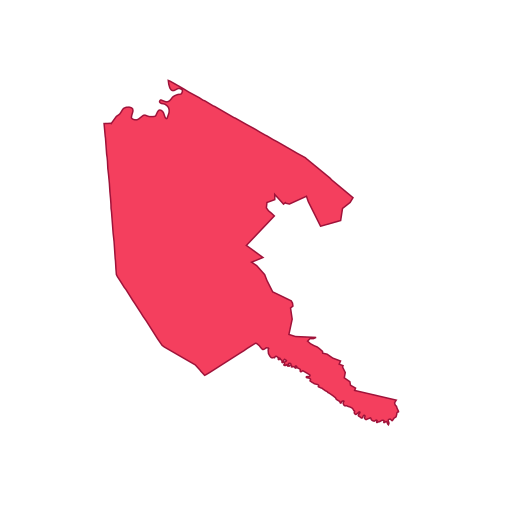 the district of Chisec, Alta Verapaz, Guatemala, rotated 22°
{"feature_id": "79465075B86099287791236", "entity_name": "Chisec", "entity_type": "district", "adm_level": 2, "iso_a3": "GTM", "parent_name": "Guatemala", "parent_adm1": "Alta Verapaz", "projection": "albers", "projection_center": [-90.202, 15.889], "detail": "fine", "context": "isolated", "style": "filled", "palette": "rose", "viewbox_px": 512, "rotation_deg": 22, "n_neighbors": 0, "source": "geoboundaries", "source_scale": "gbopen_adm2", "svg_char_len": 6124}
<svg xmlns="http://www.w3.org/2000/svg" viewBox="0 0 512 512"><g transform="rotate(22 256 256)"><path d="M324.1,165.6L297.6,157.1L295.6,156.1L265.6,146.7L265.2,146.4L264.8,146.4L255.3,145.3L232.7,142.1L228.4,141.7L220.9,140.5L219.6,140.5L213.4,139.7L208.1,138.8L197.6,137.6L185.0,135.9L183.9,136.0L161.6,132.8L160.3,132.9L150.4,131.3L148.5,131.4L144.2,130.5L132.4,129.2L126.0,128.1L111.0,126.1L108.9,126.1L110.8,129.5L113.1,132.4L114.5,133.4L115.1,133.7L115.8,133.9L116.7,133.9L117.6,133.5L118.2,133.1L120.8,130.1L121.8,129.5L122.8,129.3L124.6,129.4L125.0,129.5L125.4,129.7L125.9,130.4L126.1,131.0L126.2,132.1L126.1,133.2L126.0,133.6L125.2,134.5L123.9,135.0L122.7,135.8L120.9,137.5L120.2,138.3L119.4,139.5L119.1,140.1L118.4,142.7L117.8,144.3L116.8,145.6L115.9,146.3L115.3,146.6L114.2,146.8L112.6,146.9L109.5,146.9L109.0,147.2L108.7,148.1L108.7,148.9L108.9,149.3L109.4,149.6L110.0,149.9L111.3,150.0L113.4,149.5L114.9,149.4L116.7,149.9L117.7,150.2L119.3,151.2L120.4,152.6L120.9,153.4L121.5,155.1L121.7,156.0L121.8,157.8L122.0,161.6L121.7,162.1L121.1,162.2L120.3,161.9L119.3,161.0L116.7,158.0L115.3,157.0L113.7,156.5L112.5,156.6L111.9,156.8L111.5,157.1L111.1,157.8L110.7,159.4L110.5,163.3L110.4,163.8L110.1,164.2L109.1,164.9L108.1,165.4L104.9,166.7L103.2,166.9L101.1,166.9L100.3,167.0L99.5,167.3L98.8,167.9L98.3,168.7L95.7,173.2L94.5,174.4L93.5,174.8L92.3,175.2L90.6,175.3L89.8,175.1L89.0,174.8L88.6,174.3L88.1,172.2L87.8,169.0L87.7,168.2L87.4,167.2L86.5,165.8L86.0,165.6L85.2,165.3L84.1,165.3L82.6,165.5L80.2,166.6L79.4,167.2L77.9,168.8L77.5,170.1L77.3,171.0L77.1,172.4L76.6,175.0L75.8,176.6L74.8,178.0L74.2,179.0L73.0,183.9L72.7,185.2L72.1,187.5L71.7,187.3L69.0,188.6L65.5,190.1L71.2,201.2L72.3,203.1L79.4,217.6L81.1,220.5L82.7,223.6L85.8,230.3L88.9,236.0L92.8,243.5L96.5,251.2L99.7,257.4L102.1,262.3L103.7,266.0L105.6,269.4L115.0,288.4L119.0,295.8L126.3,310.9L127.5,313.1L131.1,320.7L133.5,325.5L135.3,327.1L139.2,329.8L144.2,333.4L145.7,334.5L148.0,335.8L158.3,343.3L161.0,345.1L171.1,352.2L174.1,354.4L178.3,357.1L195.7,369.6L202.4,374.0L205.0,374.7L240.5,379.7L247.1,382.9L248.0,383.5L250.8,384.8L253.1,385.9L254.3,384.5L256.8,381.2L277.5,352.1L280.3,348.3L282.4,345.0L286.4,339.5L288.1,337.2L288.8,336.9L290.0,337.0L291.1,337.4L292.7,337.9L294.6,339.1L297.0,340.2L297.7,340.0L298.5,339.3L299.4,338.1L299.9,337.2L302.0,336.7L302.3,336.9L302.5,337.2L302.4,338.1L302.6,338.9L304.1,341.8L306.2,343.5L307.4,344.2L307.9,344.4L308.4,344.5L309.0,344.4L309.5,344.2L310.4,343.5L311.3,343.4L311.5,342.1L311.7,341.8L312.1,341.5L312.5,341.4L313.1,341.4L314.4,341.9L315.0,341.8L315.4,342.0L315.1,343.1L315.5,343.5L315.9,343.6L316.2,343.4L316.3,342.2L316.5,341.9L317.0,342.1L317.5,342.7L318.7,343.0L319.2,343.2L319.4,343.6L319.9,344.8L320.4,345.0L320.8,344.6L320.9,341.6L321.1,341.1L321.7,341.1L323.0,341.4L323.4,341.5L323.5,342.0L322.1,343.9L322.5,344.8L323.1,345.6L322.9,346.0L322.6,346.4L322.9,346.8L323.4,346.8L324.0,346.7L324.6,346.2L325.1,345.4L325.6,345.4L326.3,346.0L326.7,346.2L328.3,345.5L328.5,345.1L328.3,344.8L326.5,344.6L326.4,344.1L326.5,343.4L326.8,343.1L327.2,342.9L328.2,342.7L328.7,343.0L329.4,344.0L329.9,344.1L330.2,344.6L330.5,345.5L331.0,345.4L331.5,344.9L332.1,344.6L333.1,344.5L333.5,344.7L334.0,345.0L334.5,345.2L334.9,344.9L333.9,343.7L333.8,343.2L334.3,343.0L334.8,343.0L335.2,343.3L335.9,344.1L336.2,344.2L338.5,344.3L339.4,344.6L339.7,344.8L339.9,345.2L339.9,345.8L340.3,346.4L340.7,346.6L341.2,346.4L341.6,345.9L342.3,344.9L343.0,344.9L350.3,346.0L350.6,346.2L350.8,346.4L350.8,347.4L350.4,347.8L348.3,348.8L348.0,349.0L348.0,349.5L348.3,349.7L348.7,349.8L349.2,349.8L350.1,349.4L352.1,349.5L352.7,349.8L352.9,350.4L352.8,351.3L353.1,351.7L354.5,351.9L355.4,352.2L357.0,352.3L357.8,352.6L359.3,352.4L361.2,352.1L362.0,352.2L362.5,352.4L362.7,352.8L362.7,353.8L363.0,353.9L364.1,353.9L365.5,354.0L367.0,353.9L368.0,354.3L368.5,354.5L369.3,354.5L370.5,354.9L372.7,355.1L373.3,355.2L373.5,355.5L374.1,355.7L375.1,355.7L379.6,356.7L382.6,357.6L383.0,357.8L384.1,358.8L385.0,359.0L388.0,359.5L389.3,360.7L389.8,360.6L390.0,358.7L390.8,357.9L391.3,357.6L391.7,357.6L392.0,357.9L391.8,359.5L392.1,360.1L393.5,361.4L394.2,361.6L394.7,361.6L395.9,360.9L397.9,361.0L399.2,360.8L401.5,360.9L402.0,361.0L403.3,361.6L404.5,362.6L405.1,362.7L405.6,363.0L405.6,363.8L405.8,364.4L406.1,364.9L406.7,365.3L407.3,365.5L407.7,365.6L408.1,365.4L409.1,363.8L409.9,362.1L410.1,361.8L410.6,361.7L411.0,362.2L411.0,362.9L410.6,364.4L410.5,365.4L410.8,365.8L411.3,366.0L412.2,366.1L414.2,366.7L414.9,366.6L415.1,366.3L415.3,365.9L415.3,364.6L415.5,363.5L416.0,363.1L416.5,363.2L416.9,363.4L417.1,363.8L417.2,365.5L417.6,365.9L418.6,366.4L419.0,366.5L419.6,366.3L420.0,365.9L420.5,365.2L421.8,364.2L422.4,363.4L422.8,363.2L423.3,363.4L424.0,364.4L424.5,364.7L425.7,365.0L427.4,364.9L427.9,364.4L428.5,363.5L428.9,363.2L429.4,363.0L429.9,363.2L430.0,364.7L430.3,365.1L430.7,365.0L431.6,363.9L432.1,363.7L432.7,363.3L434.3,361.2L434.6,361.0L435.9,360.6L436.4,360.8L436.6,361.3L436.7,362.3L437.1,362.5L437.6,362.2L438.3,361.0L438.8,360.7L439.3,360.7L441.3,362.6L442.0,362.9L442.0,361.6L441.8,361.0L441.5,360.6L440.3,359.3L440.1,358.8L440.1,358.2L440.6,357.5L441.0,357.2L441.6,356.9L443.6,357.7L444.1,357.5L444.8,354.5L445.9,353.0L446.1,352.6L445.8,350.1L445.5,349.3L445.5,348.3L445.6,347.9L445.9,347.5L446.3,347.4L446.5,347.1L446.3,346.6L443.8,344.3L442.5,342.7L441.1,342.2L440.1,341.1L439.5,340.3L439.9,337.5L440.0,337.1L397.8,343.7L397.8,341.2L392.0,340.4L390.1,337.4L383.5,335.9L382.4,330.6L377.8,326.5L377.8,325.1L373.6,325.1L373.7,321.7L365.4,321.9L358.7,320.4L354.2,321.1L353.4,319.5L349.1,318.0L346.7,317.4L343.5,317.4L339.2,316.9L335.7,315.6L337.0,312.4L340.2,311.1L342.2,309.0L322.7,315.9L315.9,316.4L313.2,301.0L307.5,291.3L309.0,288.6L307.5,286.0L305.5,284.4L284.9,283.0L275.3,274.6L271.0,270.0L260.3,264.7L254.2,263.4L263.0,254.8L243.1,249.8L258.0,212.0L254.2,210.5L250.6,209.4L247.6,207.5L246.1,202.3L252.3,196.7L250.3,191.9L262.1,197.6L263.2,195.5L263.9,195.9L267.5,195.3L280.4,181.7L284.1,186.0L304.7,204.2L321.2,191.4L318.4,179.5L323.2,171.1L324.1,165.6Z" fill="#f43f5e" stroke="#9f1239" stroke-width="1.5"/></g></svg>